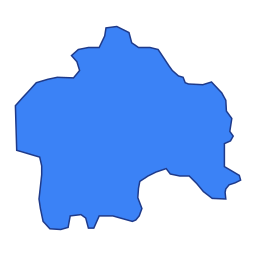 Jeongeup-si, North Jeolla, South Korea (Mercator projection)
{"feature_id": "91817680B14892127844453", "entity_name": "Jeongeup-si", "entity_type": "district", "adm_level": 2, "iso_a3": "KOR", "parent_name": "South Korea", "parent_adm1": "North Jeolla", "projection": "mercator", "projection_center": [126.936, 35.604], "detail": "fine", "context": "isolated", "style": "filled", "palette": "blue", "viewbox_px": 256, "rotation_deg": 0, "n_neighbors": 0, "source": "geoboundaries", "source_scale": "gbopen_adm2", "svg_char_len": 1134}
<svg xmlns="http://www.w3.org/2000/svg" viewBox="0 0 256 256"><path d="M211.5,82.0L202.8,84.7L188.5,84.0L185.2,82.7L183.1,77.3L178.4,75.9L172.3,70.5L168.9,65.8L164.9,59.7L158.1,49.5L150.0,47.5L138.5,47.5L131.7,42.8L129.0,32.6L116.8,26.5L106.0,27.9L104.7,36.0L99.2,47.5L88.4,47.5L78.3,49.5L71.8,55.3L71.5,55.6L76.9,61.7L79.6,70.5L73.5,77.9L57.3,77.3L47.8,79.3L36.3,82.7L29.6,90.1L22.1,98.2L15.4,105.7L16.7,150.3L20.1,151.3L32.9,155.1L39.7,157.1L41.7,165.9L41.7,174.7L39.7,192.9L39.0,199.0L40.4,208.5L43.1,221.4L44.8,223.2L49.9,228.8L60.7,229.5L68.1,227.4L70.2,215.9L81.0,214.6L85.7,218.0L88.4,228.1L93.8,228.1L99.2,215.9L112.8,215.9L120.2,218.0L132.4,221.4L135.8,220.0L139.2,215.9L141.9,208.5L137.8,197.7L138.5,188.2L139.8,181.4L148.0,176.0L156.1,172.0L166.2,168.6L170.3,174.0L179.8,176.0L189.2,176.0L196.7,183.5L203.4,191.6L212.2,198.4L225.8,199.0L225.1,192.3L225.8,188.9L229.1,184.8L235.2,182.8L240.6,180.1L239.3,175.4L231.2,170.6L224.4,166.6L224.4,158.4L224.4,149.6L224.4,143.6L230.5,140.9L233.2,136.1L229.8,131.4L231.8,118.5L226.4,111.1L225.8,100.3L221.7,92.8L211.5,82.0Z" fill="#3b82f6" stroke="#1e3a8a" stroke-width="1.5"/></svg>